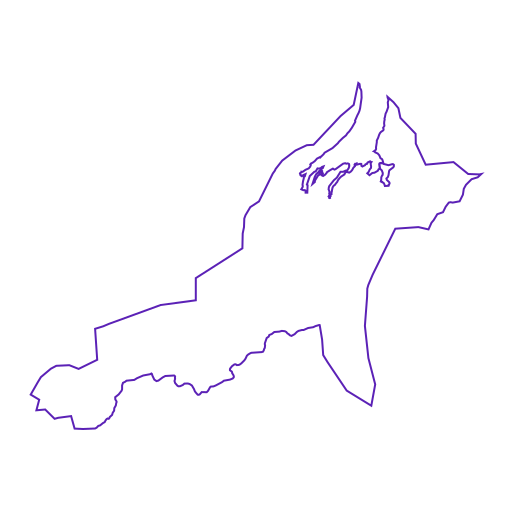 outline of Deatnu sme 1, Finnmark, Norway
{"feature_id": "86288312B77332611217314", "entity_name": "Deatnu sme 1", "entity_type": "district", "adm_level": 2, "iso_a3": "NOR", "parent_name": "Norway", "parent_adm1": "Finnmark", "projection": "orthographic", "projection_center": [27.521, 70.269], "detail": "fine", "context": "isolated", "style": "outline", "palette": "violet", "viewbox_px": 512, "rotation_deg": 0, "n_neighbors": 0, "source": "geoboundaries", "source_scale": "gbopen_adm2", "svg_char_len": 6026}
<svg xmlns="http://www.w3.org/2000/svg" viewBox="0 0 512 512"><path d="M481.3,174.0L479.3,174.4L468.2,174.0L453.5,162.1L425.7,164.7L415.8,143.6L415.6,133.8L400.4,117.9L398.4,108.2L393.5,102.2L387.5,96.8L387.6,97.6L388.5,100.0L387.8,102.3L388.2,107.1L386.6,111.6L385.6,113.6L384.8,117.7L384.5,118.2L384.5,118.9L384.7,119.6L384.3,121.1L384.1,123.4L384.4,125.8L383.1,127.9L383.5,128.7L383.6,129.4L383.3,130.3L380.9,132.0L379.9,133.2L379.1,134.9L378.1,137.9L376.8,140.5L376.8,142.2L376.0,147.3L376.1,149.0L375.7,149.9L373.9,151.3L374.8,151.6L375.1,152.3L377.7,153.5L379.3,155.3L380.5,158.2L382.0,159.1L382.4,159.8L383.2,162.4L383.3,163.2L383.5,163.9L388.5,165.2L392.4,164.1L393.3,164.3L393.9,164.9L393.8,166.5L393.2,167.4L389.6,170.1L389.1,171.0L388.5,175.2L387.8,177.1L386.4,178.5L386.8,179.9L389.2,182.2L389.5,182.8L389.6,183.2L389.3,184.1L388.6,184.9L388.9,185.0L388.6,185.8L384.9,186.0L384.4,184.4L383.8,183.1L381.2,181.7L381.5,181.5L381.1,181.3L381.0,180.4L381.2,179.9L381.3,177.3L382.0,175.7L382.7,174.8L382.6,174.3L382.8,173.1L381.8,170.4L380.1,168.8L379.4,164.1L380.1,163.1L381.9,163.4L381.7,163.6L382.1,163.3L382.0,162.9L380.2,163.0L379.4,163.5L379.2,164.2L379.7,168.1L379.6,168.8L378.6,169.2L377.8,170.8L374.5,172.7L372.3,173.0L369.5,175.2L367.3,173.3L368.7,171.8L369.7,169.5L371.0,167.9L371.1,166.3L370.6,163.4L371.4,162.1L370.4,162.0L370.4,161.5L370.1,161.3L367.9,162.3L367.4,162.7L367.4,163.3L367.1,163.8L365.5,164.3L365.0,165.2L362.4,166.5L361.4,165.8L361.4,164.8L361.2,164.3L361.3,164.0L361.2,163.9L359.7,163.9L355.8,164.9L355.7,164.8L355.9,164.4L355.7,164.5L355.8,164.2L355.4,163.9L355.6,163.3L354.6,164.4L354.8,164.3L354.5,164.8L354.7,165.4L355.0,165.8L355.0,166.1L353.4,167.7L352.2,170.0L350.9,171.5L349.3,172.6L348.1,172.4L347.6,171.9L345.8,172.1L344.6,173.8L344.5,174.4L341.1,176.6L339.6,178.1L338.0,180.2L337.2,181.9L335.7,183.7L335.0,184.8L333.7,185.7L332.6,187.4L332.0,190.1L331.8,191.6L331.5,192.0L331.6,192.8L331.4,193.4L331.5,194.0L331.1,194.1L330.6,194.9L330.6,195.3L330.4,195.2L330.4,195.4L330.1,195.9L330.3,196.5L329.9,197.6L330.0,198.0L329.8,198.1L329.2,197.9L329.3,197.1L328.6,196.5L329.7,194.6L329.2,193.7L329.5,192.1L329.0,190.2L328.6,189.5L328.8,187.6L329.2,186.2L333.9,180.2L336.8,177.7L340.5,171.8L343.1,171.8L345.4,170.7L347.3,170.3L348.7,168.1L349.1,166.8L349.3,165.8L349.1,165.5L349.2,164.7L349.0,164.0L347.8,163.4L346.2,163.7L345.2,163.2L343.1,163.7L335.5,169.2L334.4,169.6L332.9,168.6L330.2,170.1L326.8,172.3L326.6,173.0L325.0,174.8L323.1,176.0L321.7,175.3L321.7,174.8L321.2,174.6L321.5,174.2L322.7,174.0L322.9,173.3L321.9,172.7L322.2,171.1L321.8,170.6L321.0,170.6L320.7,171.1L321.2,171.7L320.6,172.4L319.3,172.9L319.2,173.2L319.8,174.2L319.3,174.8L318.2,175.3L314.8,180.8L314.9,181.9L312.5,184.0L314.8,176.8L316.1,174.3L318.6,172.0L318.8,171.4L321.0,169.8L321.7,168.7L322.8,168.1L323.5,166.4L322.1,166.9L320.7,168.1L318.9,168.6L317.5,168.4L315.7,171.4L314.3,171.8L309.8,176.0L306.9,184.6L307.6,185.2L307.3,192.7L305.6,192.7L305.5,190.6L304.8,190.1L303.3,190.2L301.3,189.3L302.6,187.1L302.8,186.1L302.5,184.9L303.0,181.4L303.8,178.2L303.8,176.9L304.8,176.4L305.5,174.1L303.2,175.1L301.8,176.2L300.7,175.4L300.9,175.1L300.1,174.1L299.9,173.5L300.1,173.1L301.3,172.4L301.3,172.1L301.4,171.7L302.1,171.9L303.1,171.5L305.5,169.8L308.7,168.4L310.2,166.6L310.8,165.0L310.3,164.4L311.0,163.5L312.5,162.8L314.7,161.2L317.0,158.6L320.1,157.0L320.3,157.4L323.6,154.2L324.6,152.7L332.5,148.1L337.9,143.2L338.9,141.8L342.9,137.9L346.0,135.4L347.4,133.3L349.3,131.4L351.9,127.7L355.3,121.8L355.0,120.7L357.4,115.2L358.5,113.1L359.5,110.7L360.1,108.3L361.6,97.7L361.4,91.7L361.1,89.9L359.7,87.5L359.9,86.8L359.5,84.0L358.3,83.0L353.7,104.9L340.6,116.0L313.5,144.8L306.8,145.2L295.5,150.5L282.2,160.6L275.6,169.0L274.9,170.6L272.8,173.5L259.0,201.4L250.3,207.1L245.5,215.2L244.3,218.5L244.0,227.1L242.7,233.5L242.4,248.3L195.8,278.1L195.8,300.3L160.7,305.0L109.1,323.8L103.2,326.3L95.1,328.8L97.2,359.8L78.6,368.9L69.3,365.2L56.3,365.8L50.9,368.7L40.9,377.1L37.8,382.2L30.7,394.6L39.2,399.7L36.4,410.3L45.2,409.5L54.6,418.8L58.2,417.8L71.1,416.1L74.6,428.6L83.1,429.0L95.1,428.5L96.6,427.7L98.3,425.9L100.1,425.4L102.9,423.1L104.7,422.1L105.5,420.5L106.6,419.1L107.6,418.5L108.7,418.8L109.5,417.8L109.8,417.0L112.1,414.9L112.7,412.8L114.1,410.7L114.3,408.1L115.8,405.5L116.2,403.2L116.6,402.0L116.5,401.4L115.3,399.4L115.2,397.2L118.7,394.4L121.6,390.7L122.1,389.3L122.1,385.4L123.0,382.8L125.1,381.8L126.5,380.7L134.3,379.9L137.0,378.2L143.2,375.5L150.1,374.2L151.4,373.5L152.0,374.1L152.3,375.4L154.3,379.6L156.5,381.1L158.4,380.6L162.7,377.4L165.3,376.0L174.1,375.5L174.8,376.0L175.1,376.6L174.9,378.0L175.1,378.8L174.5,381.0L175.1,383.0L177.5,385.8L178.5,386.3L180.1,386.2L182.8,385.0L184.4,383.6L187.8,383.5L189.6,384.0L191.9,385.5L194.0,389.1L194.9,391.4L196.1,392.9L197.7,394.7L198.8,394.8L199.8,394.3L201.7,392.1L206.7,392.2L208.0,390.9L210.1,387.2L210.8,386.6L213.5,386.4L215.7,385.5L222.1,382.1L223.9,380.7L230.0,379.6L232.7,378.5L233.7,377.4L233.8,376.9L233.8,376.2L233.2,374.7L232.2,373.3L232.1,372.3L231.8,371.6L230.0,370.3L229.9,369.9L230.1,368.6L232.0,366.2L234.4,364.4L235.7,364.3L236.8,365.1L238.3,365.0L239.5,364.7L241.3,363.4L244.3,360.4L245.5,358.7L246.9,355.7L248.2,354.5L250.2,353.3L251.3,352.8L261.6,352.1L263.0,351.7L263.8,350.3L264.0,349.3L264.8,347.8L265.1,345.2L264.8,344.2L264.9,343.2L266.7,338.0L268.7,336.6L269.3,335.0L271.8,334.0L274.3,332.0L279.4,331.6L281.8,330.9L284.8,331.2L286.3,332.0L287.5,333.5L288.6,334.0L289.7,335.2L291.5,335.9L294.6,334.2L296.9,331.9L298.5,330.9L301.9,330.0L303.6,330.0L308.1,328.0L313.2,327.2L315.5,326.1L319.2,325.0L319.7,325.1L322.1,339.6L323.2,355.1L327.6,362.2L346.7,390.6L371.3,405.7L375.2,384.4L368.4,358.1L364.9,325.9L367.1,296.8L367.3,288.6L368.3,285.0L372.7,274.6L395.3,228.7L418.4,227.1L428.5,229.4L431.5,222.7L433.7,220.1L437.3,214.2L443.0,212.2L445.7,206.7L448.8,202.6L450.5,202.2L452.7,202.6L459.6,201.3L462.9,194.7L463.8,188.8L466.0,184.8L471.6,179.2L477.7,177.3L481.3,174.0Z" fill="none" stroke="#5b21b6" stroke-width="2"/></svg>